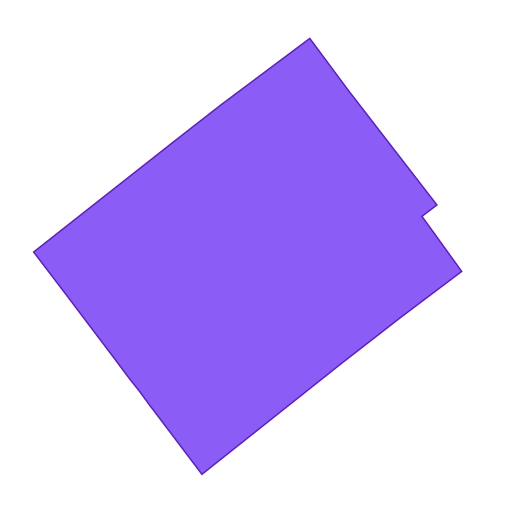 outline of Allen, Indiana, United States of America, rotated 143°
{"feature_id": "52423323B16491815887155", "entity_name": "Allen", "entity_type": "district", "adm_level": 2, "iso_a3": "USA", "parent_name": "United States of America", "parent_adm1": "Indiana", "projection": "robinson", "projection_center": [-85.006, 41.094], "detail": "fine", "context": "isolated", "style": "filled", "palette": "violet", "viewbox_px": 512, "rotation_deg": 143, "n_neighbors": 0, "source": "geoboundaries", "source_scale": "gbopen_adm2", "svg_char_len": 477}
<svg xmlns="http://www.w3.org/2000/svg" viewBox="0 0 512 512"><g transform="rotate(143 256 256)"><path d="M176.6,119.9L101.0,119.9L99.6,187.8L80.8,187.9L81.7,259.4L82.5,326.9L82.6,329.5L82.1,397.4L192.8,397.8L230.3,397.2L253.8,396.8L431.2,393.0L430.9,339.7L430.9,323.4L430.8,259.7L430.9,234.0L430.5,218.8L430.8,199.5L430.6,192.6L430.7,192.1L430.6,129.2L430.6,114.5L430.6,114.4L430.6,114.2L251.3,118.8L176.6,119.9Z" fill="#8b5cf6" stroke="#5b21b6" stroke-width="1.5"/></g></svg>